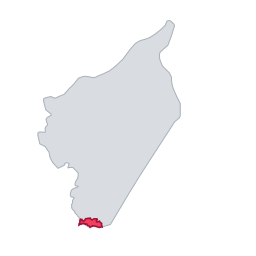 Dar'a, Dar`a, Syria (highlighted), rotated 334°
{"feature_id": "27442178B67726505950673", "entity_name": "Dar'a", "entity_type": "district", "adm_level": 2, "iso_a3": "SYR", "parent_name": "Syria", "parent_adm1": "Dar`a", "projection": "robinson", "projection_center": [36.022, 32.622], "detail": "fine", "context": "in_parent", "style": "filled", "palette": "rose", "viewbox_px": 256, "rotation_deg": 334, "n_neighbors": 0, "source": "geoboundaries", "source_scale": "gbopen_adm2", "svg_char_len": 4326}
<svg xmlns="http://www.w3.org/2000/svg" viewBox="0 0 256 256"><g transform="rotate(334 128 128)"><path d="M45.2,92.7L47.1,92.9L51.4,95.4L52.0,95.3L53.3,92.0L54.6,90.9L57.2,90.0L57.9,84.6L59.1,83.6L60.6,83.1L62.8,83.0L64.8,82.7L64.9,81.7L62.1,75.6L62.4,74.0L63.7,67.8L64.5,65.4L65.3,64.6L68.4,64.9L72.7,66.0L73.9,67.8L76.0,69.4L79.2,69.3L82.9,69.6L85.7,69.7L88.0,68.6L93.2,66.5L95.7,65.8L98.1,64.9L105.5,61.5L108.5,61.8L110.6,62.2L112.2,62.7L115.7,65.1L118.6,67.4L120.7,68.1L124.4,68.1L129.7,68.5L136.2,68.5L140.0,67.8L144.8,66.7L153.5,63.9L164.8,58.1L171.4,55.3L174.3,54.9L178.0,54.9L181.8,55.7L186.1,56.2L188.0,56.1L192.7,55.6L198.6,54.4L202.3,53.4L206.8,51.8L209.6,49.2L210.5,49.0L211.7,49.4L212.3,49.6L213.5,51.1L214.8,54.9L214.8,55.4L214.6,56.5L211.7,59.6L207.7,63.9L204.9,66.6L200.1,71.1L196.5,72.1L190.4,73.8L188.8,75.3L187.3,77.9L186.5,81.4L186.3,83.6L186.2,87.7L187.7,92.0L189.2,96.1L189.4,98.8L189.3,101.5L188.0,104.3L186.7,108.2L185.9,112.6L185.6,120.9L185.7,127.9L185.6,129.1L183.2,134.1L180.3,139.9L178.9,141.3L172.4,143.0L165.4,147.3L157.5,152.0L150.3,156.4L142.8,160.9L135.0,165.6L129.4,169.0L121.9,173.5L115.0,177.8L108.1,182.2L102.8,185.5L94.8,190.7L90.1,193.8L83.2,198.3L77.1,202.3L69.9,207.0L60.8,205.6L57.9,204.8L55.6,202.6L53.9,201.4L49.6,200.2L46.8,195.9L45.2,194.4L42.3,193.8L43.5,191.1L43.8,189.3L45.0,187.1L44.2,185.7L43.9,182.6L43.3,181.9L43.1,181.1L43.5,180.1L43.4,179.1L42.9,178.7L42.7,177.2L42.3,176.1L42.5,174.7L43.1,173.8L43.7,172.1L44.5,171.6L45.7,170.5L46.0,169.4L47.1,168.3L48.6,167.5L48.9,166.7L48.7,166.3L47.2,165.5L46.5,164.1L47.1,162.1L47.6,161.4L48.5,160.4L50.4,158.9L52.0,158.6L53.3,158.6L55.5,158.8L57.3,159.0L57.7,158.7L57.6,158.2L55.5,156.9L55.4,155.9L55.9,154.9L57.4,153.2L59.2,152.0L60.1,151.7L62.2,149.3L63.5,146.5L61.4,139.8L60.1,138.7L58.0,137.8L56.7,137.7L56.6,137.2L58.3,135.5L59.5,134.0L58.2,132.6L55.8,132.0L55.0,133.4L52.0,133.6L47.4,133.5L45.3,126.5L45.0,123.4L45.1,119.8L46.5,114.7L45.8,112.3L45.8,110.6L45.4,108.4L41.8,103.6L43.8,94.8L45.2,92.7Z" fill="#d9dde1" stroke="#a8b0b8" stroke-width="1"/><path d="M45.6,189.1L45.2,189.1L45.1,189.3L44.9,189.5L44.8,189.8L44.7,189.8L44.6,190.0L44.4,190.1L44.2,190.2L44.1,190.3L43.9,190.4L43.9,190.6L43.9,190.8L43.9,191.0L43.7,191.2L43.7,191.3L43.5,191.5L43.4,191.6L43.3,191.8L43.2,191.8L43.1,192.0L42.9,192.1L42.7,192.2L42.7,192.3L42.4,192.3L42.2,192.5L42.0,192.8L41.9,192.8L41.8,193.0L41.7,193.2L41.3,193.7L41.2,193.9L41.3,193.9L41.5,193.8L41.6,193.6L41.7,193.4L41.8,193.3L42.1,193.2L42.7,193.0L42.9,193.1L42.9,193.3L42.8,193.5L43.1,193.6L43.2,193.8L43.3,193.9L43.6,194.0L43.7,193.9L43.8,193.9L44.3,193.7L44.7,193.7L45.0,193.8L45.2,194.0L45.4,194.1L45.6,194.1L45.9,194.2L46.0,194.2L46.3,194.1L46.5,194.3L46.6,194.7L46.7,194.8L47.0,195.0L47.3,195.0L47.5,195.2L47.5,195.4L47.3,195.7L47.3,195.8L47.5,196.0L47.8,196.1L48.3,196.1L48.5,196.1L48.9,196.2L49.0,196.3L49.0,196.7L49.0,197.1L48.9,197.8L49.0,197.9L49.2,198.1L49.6,198.4L49.9,198.8L50.2,199.7L50.4,200.1L50.4,200.7L50.9,200.5L51.3,200.5L51.5,200.5L52.4,200.5L52.8,200.7L53.3,200.3L53.5,200.3L53.8,200.5L54.5,201.1L54.9,201.5L55.9,202.2L56.3,202.5L57.0,203.1L58.0,204.1L58.7,204.8L58.9,205.0L60.4,205.1L60.8,205.3L61.2,205.4L61.4,205.6L61.5,205.2L61.6,204.8L61.7,204.2L61.8,204.1L61.8,203.7L61.9,203.2L62.0,203.1L62.3,202.7L62.5,202.4L62.5,202.1L62.4,201.8L62.3,201.6L61.7,200.9L61.7,200.7L61.6,200.3L61.5,200.1L61.7,199.5L61.5,199.1L61.1,199.0L60.8,199.1L60.4,199.1L59.7,199.1L59.3,199.1L59.0,199.1L58.9,198.9L58.8,198.6L58.8,198.4L58.7,197.8L58.7,197.5L59.3,197.2L59.5,197.2L60.1,197.1L60.4,196.7L60.4,196.2L60.2,196.0L59.8,195.7L59.4,195.6L59.2,195.5L59.0,195.4L58.7,195.3L58.5,195.1L58.4,195.0L58.1,195.0L57.9,194.8L57.8,194.7L57.6,194.7L57.4,194.7L56.9,194.7L56.7,194.8L56.2,194.8L55.9,194.9L55.7,194.9L55.3,194.6L55.0,194.4L54.8,194.1L54.7,194.0L54.7,193.9L54.7,193.7L54.7,193.4L54.7,193.2L54.7,192.8L54.7,192.5L54.4,192.2L54.1,192.3L53.9,192.4L53.6,192.5L53.2,192.3L53.1,192.2L52.9,191.9L52.7,191.6L52.3,191.5L51.6,191.5L51.1,191.5L50.9,191.2L50.7,191.1L50.3,190.9L50.0,191.1L49.8,191.1L49.7,191.2L49.1,191.7L48.8,191.8L48.5,192.1L48.2,192.2L48.1,191.9L47.5,192.0L47.1,192.0L46.8,191.5L46.5,191.4L46.3,191.3L46.2,191.3L46.0,191.2L46.1,190.8L46.4,190.4L46.5,190.2L46.1,190.1L46.0,189.7L45.7,189.3L45.6,189.1Z" fill="#f43f5e" stroke="#9f1239" stroke-width="1.5"/></g></svg>